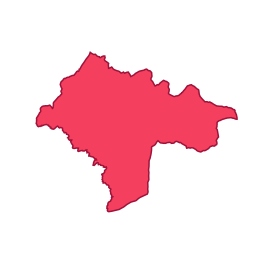 Butere, Western, Kenya (Robinson projection), rotated 217°
{"feature_id": "3690345B46700738933790", "entity_name": "Butere", "entity_type": "district", "adm_level": 2, "iso_a3": "KEN", "parent_name": "Kenya", "parent_adm1": "Western", "projection": "robinson", "projection_center": [34.522, 0.227], "detail": "fine", "context": "isolated", "style": "filled", "palette": "rose", "viewbox_px": 256, "rotation_deg": 217, "n_neighbors": 0, "source": "geoboundaries", "source_scale": "gbopen_adm2", "svg_char_len": 5787}
<svg xmlns="http://www.w3.org/2000/svg" viewBox="0 0 256 256"><g transform="rotate(217 128 128)"><path d="M96.6,51.2L95.7,51.4L95.1,50.0L94.3,49.4L93.4,49.4L92.6,50.0L90.8,51.9L88.2,55.0L86.0,57.7L85.2,59.6L84.4,61.3L83.8,62.7L82.9,66.2L81.0,70.7L78.0,74.6L77.7,75.6L77.2,78.1L76.6,79.8L72.8,86.9L73.4,88.7L74.0,89.6L74.8,90.3L75.8,91.5L76.7,93.0L79.5,96.4L80.2,99.2L82.8,102.4L84.5,105.0L85.8,106.3L86.6,107.3L88.1,109.9L91.5,114.6L92.2,117.2L93.9,120.9L95.7,124.2L97.5,126.7L97.7,127.5L96.7,129.7L96.4,130.6L96.3,131.6L96.6,134.5L96.4,135.9L93.8,135.6L93.0,135.7L91.4,136.7L90.6,137.0L89.9,137.7L89.2,138.0L88.5,138.8L88.1,139.7L87.3,140.4L86.0,141.7L85.1,141.9L84.1,141.9L82.6,143.2L82.1,144.0L82.0,145.6L81.0,146.7L78.0,147.3L77.4,148.0L76.7,148.0L75.9,147.9L71.4,148.5L70.5,148.5L69.9,147.8L69.0,147.2L68.3,148.0L67.8,148.8L66.8,149.1L66.1,149.5L65.6,150.3L64.0,151.3L61.8,151.5L61.1,151.7L59.6,151.4L58.8,151.5L57.7,151.7L56.9,152.1L55.9,152.4L55.3,152.9L54.3,155.3L53.4,155.8L52.7,156.6L52.2,157.8L51.4,159.7L51.2,161.0L51.1,162.7L50.1,164.0L49.9,164.7L48.8,165.1L47.9,165.8L47.9,166.8L47.2,168.0L47.6,169.1L48.1,169.7L48.7,170.3L49.9,171.0L50.2,172.1L50.4,174.3L50.3,175.3L55.1,179.8L55.7,180.3L57.2,180.8L57.9,182.8L58.6,183.7L59.2,184.8L60.1,185.7L60.2,186.8L59.7,188.6L59.1,189.2L57.8,191.7L54.8,195.7L51.7,198.5L50.8,198.6L50.0,199.1L48.9,199.6L48.0,199.7L47.0,200.1L46.2,200.6L47.0,201.7L49.5,203.9L50.7,204.5L51.5,205.1L52.1,205.2L52.7,205.6L53.2,206.5L54.2,206.6L54.9,206.1L55.6,206.2L57.5,206.1L58.2,205.7L59.1,205.4L60.3,204.5L62.1,204.4L64.1,202.3L65.8,202.0L66.6,201.5L67.8,200.6L70.4,199.0L73.9,198.5L75.8,198.4L76.8,198.3L77.4,198.0L78.3,198.1L78.8,197.5L79.2,196.9L80.7,196.6L82.4,195.2L83.4,195.4L86.5,195.9L89.5,196.6L90.4,197.2L91.4,197.8L94.2,200.7L94.9,201.1L95.6,200.8L98.6,200.9L99.4,201.1L100.2,201.1L102.0,200.7L103.4,200.7L104.5,199.5L105.0,198.6L105.9,197.4L105.9,196.1L105.8,193.3L106.0,191.2L106.0,189.3L106.4,188.5L106.2,187.8L106.6,186.9L106.8,186.0L106.8,185.3L107.2,184.6L107.6,183.7L109.0,182.4L109.8,181.1L110.5,180.7L115.1,179.8L115.8,179.8L116.6,180.1L117.3,182.0L118.3,183.7L120.1,184.6L120.8,185.3L121.8,187.7L122.5,188.3L125.2,188.4L126.0,187.9L127.5,187.7L128.3,187.4L128.8,185.6L129.4,183.7L129.5,181.6L129.7,180.7L130.5,180.4L130.9,179.9L131.1,178.9L131.7,177.9L133.6,178.6L136.3,179.9L138.3,180.2L139.2,180.8L139.6,181.9L139.7,182.8L140.0,183.7L142.5,186.5L143.3,186.7L144.8,186.9L145.5,186.6L146.3,186.1L148.1,186.3L148.9,186.0L149.6,184.9L149.9,184.0L152.6,180.8L153.3,179.8L154.2,177.6L154.9,176.1L155.1,174.5L155.4,173.6L156.7,170.8L158.3,171.7L159.5,172.2L160.4,172.4L161.3,172.9L162.4,171.9L163.7,169.7L164.6,169.8L165.2,170.0L166.1,168.3L166.6,167.7L168.7,167.9L169.6,167.8L171.2,167.1L174.1,166.3L175.9,166.3L176.7,166.7L177.7,166.9L178.8,164.7L179.4,164.0L180.9,165.8L181.5,166.3L181.9,166.9L182.1,167.7L182.8,168.0L187.2,167.9L188.1,168.5L188.6,170.4L189.2,170.8L189.8,171.5L190.5,171.1L191.0,170.6L191.6,169.7L192.0,168.9L192.3,167.7L193.0,167.3L193.8,167.7L194.7,167.2L195.7,166.8L197.3,167.1L198.6,167.2L199.5,166.1L201.6,165.7L203.7,165.7L203.1,163.9L202.8,162.0L202.9,157.7L202.6,153.5L202.6,151.2L202.4,149.1L201.9,146.2L202.4,145.5L201.9,144.8L201.6,144.1L201.8,143.3L202.6,143.1L202.9,142.0L202.8,140.2L202.9,137.6L204.2,136.3L204.6,135.4L205.4,134.3L205.7,133.1L206.5,132.4L207.1,131.7L207.5,131.0L207.7,129.9L208.7,129.3L208.9,128.3L208.8,126.6L209.1,125.6L209.2,124.5L208.6,122.7L208.2,121.9L205.8,120.3L204.3,119.6L203.9,118.5L203.8,117.4L203.5,116.8L202.8,116.4L202.1,116.1L201.6,115.5L201.4,114.7L201.7,113.9L201.6,113.0L202.0,111.6L202.3,110.9L202.5,107.2L202.8,104.0L202.6,102.9L201.3,101.3L200.9,100.4L200.3,99.7L200.0,98.8L200.2,98.1L200.9,98.5L204.2,99.2L205.6,97.3L207.4,96.0L208.0,95.3L208.8,94.6L209.5,93.6L209.8,91.3L209.4,90.3L207.8,89.0L207.6,87.9L207.8,87.0L207.4,85.3L207.3,83.7L207.0,82.8L207.2,81.8L206.9,80.7L206.3,79.9L205.7,79.5L205.5,78.8L204.9,78.1L203.9,76.2L203.2,76.2L202.0,75.3L201.2,75.1L200.4,75.1L199.8,76.0L199.1,76.4L198.9,77.1L198.1,77.6L198.4,78.3L197.5,78.8L196.8,80.0L195.2,81.8L194.4,81.8L193.3,82.3L192.7,81.8L191.8,82.1L190.9,82.0L190.4,81.5L189.9,82.0L189.5,81.4L188.6,81.4L187.6,81.8L186.8,82.2L186.3,83.1L185.8,86.2L185.3,87.2L184.6,87.1L183.7,86.7L182.6,86.9L182.2,87.8L181.3,88.2L180.2,88.4L178.7,86.6L177.7,86.6L176.1,85.8L175.4,86.2L175.0,86.9L174.1,86.8L173.3,86.0L172.5,86.4L171.4,86.6L170.5,86.1L170.0,85.6L170.2,84.7L170.3,83.9L169.4,84.1L168.8,83.3L168.0,83.1L167.1,83.2L166.5,84.1L165.7,84.5L165.6,82.7L164.7,82.1L163.4,81.5L162.2,81.2L161.1,80.6L160.8,79.6L160.5,78.9L159.8,78.7L158.7,79.2L157.9,80.0L157.4,80.8L155.5,82.0L154.6,79.9L154.1,79.4L153.3,79.6L152.6,80.7L151.1,82.5L150.2,82.5L148.9,83.5L148.4,85.1L147.7,85.7L147.3,84.8L146.6,84.2L145.8,83.6L145.7,84.5L144.9,84.4L144.1,84.5L143.2,84.2L143.1,83.1L142.6,82.3L142.3,83.0L141.5,82.5L140.0,83.1L138.6,83.8L137.8,83.7L137.2,83.8L136.5,83.5L134.8,84.1L133.9,83.6L134.5,83.0L135.3,83.0L135.2,81.9L134.7,79.7L134.3,79.1L133.5,77.3L132.6,77.7L132.3,78.7L132.3,79.8L132.0,80.7L131.8,81.9L130.8,82.2L130.2,81.4L129.6,80.9L128.8,81.8L128.1,82.2L127.4,81.8L125.9,82.6L124.9,83.0L124.2,82.9L124.1,82.1L123.4,82.3L122.6,82.8L122.0,83.8L121.0,83.2L120.8,82.1L120.7,81.3L121.1,80.4L120.9,79.5L120.2,79.0L120.1,77.9L120.3,76.2L121.0,75.9L121.0,75.1L120.3,74.7L119.3,74.5L118.9,73.2L118.0,72.4L117.7,71.2L116.7,71.1L116.3,70.0L115.5,70.2L114.9,69.1L114.1,69.5L113.4,70.5L110.6,69.8L109.8,70.5L109.0,70.2L108.2,70.2L107.6,69.0L106.4,68.8L105.6,68.9L104.9,68.9L104.5,67.1L103.2,66.3L102.1,64.9L101.3,65.0L100.7,64.4L100.0,63.8L98.8,63.9L99.4,62.6L98.4,61.7L98.1,60.5L98.4,59.8L97.9,59.0L98.9,57.1L98.8,56.2L98.4,55.2L97.6,54.1L97.8,53.0L97.1,52.2L96.6,51.2Z" fill="#f43f5e" stroke="#9f1239" stroke-width="1.5"/></g></svg>